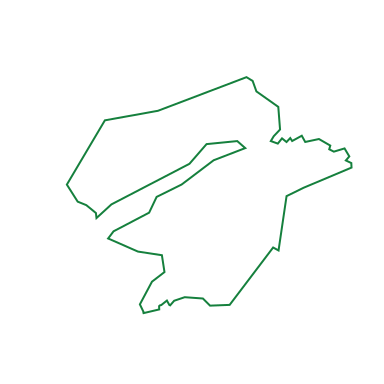 the district of Beaufort, North Carolina, United States of America, rotated 127°
{"feature_id": "52423323B44486980116087", "entity_name": "Beaufort", "entity_type": "district", "adm_level": 2, "iso_a3": "USA", "parent_name": "United States of America", "parent_adm1": "North Carolina", "projection": "natural_earth1", "projection_center": [-76.82, 35.478], "detail": "fine", "context": "isolated", "style": "outline", "palette": "green", "viewbox_px": 384, "rotation_deg": 127, "n_neighbors": 0, "source": "geoboundaries", "source_scale": "gbopen_adm2", "svg_char_len": 1059}
<svg xmlns="http://www.w3.org/2000/svg" viewBox="0 0 384 384"><g transform="rotate(127 192 192)"><path d="M169.6,288.4L187.2,304.7L261.4,296.4L268.5,277.5L266.1,268.5L266.6,256.1L270.3,252.6L250.4,248.9L171.0,211.0L145.0,209.2L124.1,186.5L124.9,175.9L153.6,193.8L192.3,204.8L217.2,217.3L234.3,213.8L270.6,231.0L279.6,231.0L272.1,199.3L260.6,178.0L272.5,165.8L287.7,170.0L313.1,166.0L317.4,157.7L318.6,158.4L305.5,147.5L303.2,149.4L302.8,149.6L302.2,149.4L301.9,149.4L301.7,149.3L300.8,148.5L293.8,146.7L295.9,142.0L295.9,141.9L295.6,141.5L295.5,141.3L295.5,141.2L295.3,141.2L289.6,140.8L280.4,134.5L270.5,119.2L271.9,109.2L259.5,94.0L259.4,94.0L187.5,93.8L186.6,87.7L168.1,97.8L138.4,114.0L121.4,105.4L76.5,79.3L73.0,82.2L74.2,88.1L68.9,87.8L65.4,96.4L74.4,103.0L75.3,108.1L71.7,109.5L73.3,122.5L83.9,131.7L81.0,138.2L91.0,142.7L89.8,146.0L95.2,146.6L95.0,152.4L101.7,152.6L103.9,159.7L98.3,160.3L89.1,159.3L72.1,174.3L72.9,201.1L66.8,210.4L67.5,217.6L147.7,268.1L149.7,270.0L163.6,282.8L169.6,288.4Z" fill="none" stroke="#15803d" stroke-width="2"/></g></svg>